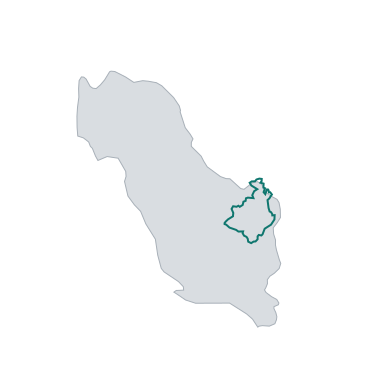 Kuçovë, Korçë, Albania (highlighted), rotated 329°
{"feature_id": "67620474B90792074310011", "entity_name": "Kuçovë", "entity_type": "district", "adm_level": 2, "iso_a3": "ALB", "parent_name": "Albania", "parent_adm1": "Korçë", "projection": "equal_earth", "projection_center": [20.706, 40.677], "detail": "fine", "context": "in_parent", "style": "outline", "palette": "teal", "viewbox_px": 384, "rotation_deg": 329, "n_neighbors": 0, "source": "geoboundaries", "source_scale": "gbopen_adm2", "svg_char_len": 2422}
<svg xmlns="http://www.w3.org/2000/svg" viewBox="0 0 384 384"><g transform="rotate(329 192 192)"><path d="M127.6,116.5L127.8,111.4L129.1,103.3L128.4,100.6L129.2,95.9L126.8,89.7L122.9,85.2L126.8,77.4L132.4,67.8L137.6,60.3L143.9,52.4L148.1,44.9L152.6,38.4L156.5,36.4L158.4,37.8L159.4,40.6L159.1,49.0L160.4,51.9L163.1,54.0L168.7,53.0L174.9,50.9L183.3,46.5L184.8,46.7L187.9,49.0L194.3,59.2L198.6,68.1L207.1,71.2L211.8,74.7L217.8,80.0L220.8,85.4L224.9,101.7L225.4,111.6L224.2,116.1L223.1,117.2L219.3,133.4L220.2,141.6L220.2,147.0L217.0,149.1L214.9,152.5L218.3,166.0L217.9,171.7L218.0,178.3L224.3,193.4L228.0,198.0L231.3,200.2L235.5,214.1L238.0,216.5L248.3,215.2L253.3,216.7L255.3,220.0L255.7,222.3L255.1,230.1L257.6,236.1L261.1,242.2L261.1,246.0L258.8,252.2L254.7,259.4L249.2,262.2L243.2,264.5L240.3,270.1L238.9,276.1L236.2,280.5L234.5,285.3L231.9,295.3L231.3,298.9L227.3,302.5L220.9,304.0L215.3,304.3L211.4,306.0L209.5,309.4L205.9,312.1L203.7,313.3L203.7,316.3L206.3,322.7L209.3,327.8L209.3,331.9L207.9,333.1L203.2,332.5L202.2,334.1L201.7,338.7L200.5,342.6L198.6,345.0L195.2,347.6L189.2,346.8L183.5,342.8L180.5,341.6L178.8,341.7L178.4,332.1L176.0,324.6L167.0,306.6L137.8,289.2L130.9,281.3L127.9,274.7L124.9,268.5L127.8,268.3L130.7,269.9L134.3,271.8L135.8,268.7L134.3,261.9L126.9,246.1L126.3,241.7L130.1,228.5L136.3,213.6L136.0,195.6L138.0,182.1L136.0,173.3L135.0,162.5L139.6,148.2L143.5,144.7L145.8,140.2L146.1,125.0L137.5,117.9L127.6,116.5Z" fill="#d9dde1" stroke="#a8b0b8" stroke-width="1"/><path d="M217.2,226.9L216.6,231.2L214.6,233.9L208.8,234.0L207.1,234.4L205.7,234.7L203.9,235.4L203.4,236.3L204.5,237.6L205.8,241.8L210.3,247.2L211.4,249.8L215.5,252.1L214.2,253.3L214.1,256.2L215.6,258.5L215.7,260.7L214.6,263.5L216.4,266.3L219.2,266.2L221.0,267.1L223.9,266.3L225.4,263.8L227.1,263.2L229.1,265.0L230.7,264.6L235.4,260.9L242.9,260.7L248.5,258.0L250.9,254.4L248.8,253.4L249.4,252.2L249.4,250.1L248.5,248.7L249.4,245.1L252.6,237.8L255.1,237.3L257.3,236.1L259.2,235.3L258.9,232.5L257.7,231.9L258.5,229.9L258.4,228.9L257.5,228.4L253.7,231.6L253.3,229.0L256.5,226.4L255.5,225.0L257.7,221.7L255.5,219.3L257.3,218.5L258.5,216.7L256.6,215.2L253.7,214.5L251.5,215.3L248.7,213.7L246.2,213.8L246.2,217.0L249.4,223.2L245.7,223.3L242.0,225.8L241.5,228.9L237.0,225.6L235.0,225.2L233.4,227.2L231.1,226.8L228.8,229.2L225.3,229.3L224.7,227.7L222.6,227.6L219.9,225.4L217.2,226.9Z" fill="none" stroke="#0f766e" stroke-width="2"/></g></svg>